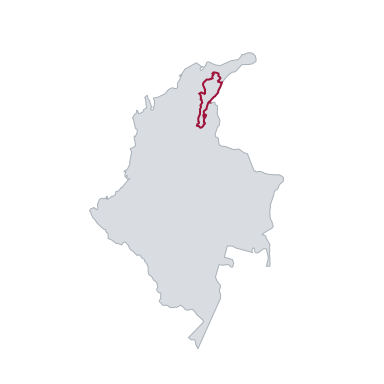 location of Cesar within Colombia, rotated 15°
{"feature_id": "COL-1414", "entity_name": "Cesar", "entity_type": "Department", "adm_level": 1, "iso_a3": "COL", "parent_name": "Colombia", "parent_adm1": "", "projection": "natural_earth1", "projection_center": [-73.578, 9.272], "detail": "medium", "context": "in_parent", "style": "outline", "palette": "rose", "viewbox_px": 384, "rotation_deg": 15, "n_neighbors": 0, "source": "natural_earth", "source_scale": "10m", "svg_char_len": 5480}
<svg xmlns="http://www.w3.org/2000/svg" viewBox="0 0 384 384"><g transform="rotate(15 192 192)"><path d="M217.1,52.6L213.7,54.2L207.2,56.1L202.8,64.6L199.7,66.0L196.0,71.0L193.2,77.2L191.1,89.9L185.5,100.5L186.0,101.0L188.2,100.5L190.3,99.4L191.1,99.7L191.8,101.6L194.3,102.1L196.4,110.7L200.2,115.1L200.6,116.8L201.1,120.4L199.8,122.6L199.4,130.5L200.6,132.5L203.5,133.3L205.4,138.2L206.6,139.4L208.4,140.1L212.6,139.4L220.2,140.2L222.0,140.1L226.2,138.3L231.7,140.5L235.7,140.8L246.6,155.7L247.6,155.3L249.0,156.1L251.8,154.6L254.1,154.4L257.3,155.1L261.4,155.1L269.6,153.6L270.8,152.7L275.3,153.6L276.7,154.7L277.4,157.5L276.8,159.2L275.3,160.9L274.4,163.1L274.2,165.8L273.4,167.8L272.0,169.1L271.4,171.0L271.7,173.5L271.0,184.7L271.6,185.7L272.1,190.3L274.0,196.3L274.9,198.0L276.5,199.4L279.4,204.3L278.8,206.0L271.3,213.7L271.0,215.5L272.4,214.8L274.7,215.5L275.5,217.3L281.0,222.7L281.0,224.8L282.5,228.8L282.3,229.7L286.1,241.3L286.2,243.7L283.0,244.4L282.9,236.6L282.5,235.1L278.8,228.2L278.1,227.6L275.7,228.4L271.7,233.5L269.8,234.2L268.3,233.5L266.8,230.5L265.8,230.0L264.8,232.5L266.1,234.8L248.3,234.7L244.9,233.8L240.1,235.0L240.1,246.6L248.5,246.8L250.8,250.1L250.6,252.8L250.9,253.8L248.9,254.4L246.0,252.5L240.8,254.7L236.9,255.2L236.7,268.1L239.0,271.3L243.5,274.8L244.1,277.1L243.8,279.3L244.9,282.1L246.3,283.6L246.3,285.2L247.1,287.1L238.3,341.7L235.1,338.3L234.0,335.3L232.5,334.1L229.5,335.0L226.3,333.5L236.6,315.0L236.3,313.3L227.7,308.8L226.8,307.7L222.7,305.2L220.5,305.9L219.2,307.1L216.1,307.5L213.6,305.6L210.6,304.3L207.0,307.4L205.9,307.4L203.4,308.7L200.6,309.2L197.0,307.8L194.2,308.8L192.1,308.6L191.4,307.6L188.8,306.5L188.6,305.3L189.3,303.0L188.2,298.5L187.8,297.7L185.8,297.7L183.5,296.0L183.1,295.0L183.6,293.2L183.1,291.7L180.9,288.0L177.8,287.1L174.9,284.1L171.9,283.1L170.5,280.9L169.2,276.1L166.2,272.3L164.0,271.0L163.3,269.2L161.1,269.0L158.1,266.5L156.7,266.4L155.8,267.5L153.0,266.3L150.6,264.5L148.2,264.0L146.6,262.9L143.6,259.4L140.5,257.7L138.7,258.4L138.1,260.9L137.0,261.4L133.4,260.7L132.8,261.3L131.8,261.2L127.4,259.3L123.0,258.6L121.9,254.2L119.1,252.6L118.3,250.6L116.3,250.8L108.8,246.9L105.7,244.1L103.1,242.6L100.3,239.5L99.9,238.3L97.8,236.5L98.8,234.2L101.4,232.4L104.7,233.8L105.1,231.1L103.9,228.7L104.5,223.3L105.4,222.1L107.2,221.1L108.4,221.5L109.1,220.6L111.8,221.0L112.6,220.6L114.7,218.4L115.6,216.7L116.6,216.9L118.8,214.0L118.4,211.1L120.5,210.4L122.7,205.6L123.7,205.5L124.2,203.3L128.0,195.4L126.6,196.3L125.1,195.7L125.4,193.1L124.9,192.8L123.7,194.8L122.6,192.7L122.9,189.4L121.1,190.0L121.2,189.2L123.7,186.7L124.8,180.9L124.0,178.8L123.5,170.1L123.0,168.4L121.0,166.2L124.2,163.7L125.4,161.9L123.9,158.0L122.0,154.7L121.9,152.8L123.1,153.0L123.6,147.6L122.5,145.5L121.1,145.5L116.9,137.5L115.4,135.8L116.5,132.0L117.8,130.3L117.5,127.4L118.4,127.5L120.2,130.2L121.0,129.8L123.9,127.3L124.0,124.9L126.3,122.5L123.0,114.3L121.9,113.0L123.3,110.4L124.0,110.6L125.3,113.1L127.3,114.8L130.3,119.4L131.6,120.4L130.7,121.4L130.5,122.5L130.9,123.1L132.6,123.2L133.3,122.0L132.9,116.4L132.2,113.7L130.6,111.7L131.1,110.9L134.2,109.5L140.5,104.2L142.7,99.3L144.4,97.5L146.3,96.3L148.6,96.6L150.4,95.9L151.0,94.4L149.8,90.9L151.2,86.2L151.1,83.8L152.0,82.4L151.7,81.8L149.4,83.5L151.8,80.2L153.4,75.1L162.7,66.1L168.7,68.3L170.7,68.1L168.2,69.3L167.8,70.6L168.7,71.9L169.6,72.3L170.3,71.4L172.4,66.2L172.7,63.3L173.6,62.3L174.8,62.0L180.7,63.2L186.3,62.8L195.5,55.3L202.4,52.1L204.0,49.0L204.5,46.7L205.7,45.8L207.0,45.8L207.8,44.5L211.0,42.6L214.4,42.3L217.9,44.1L219.6,47.2L219.9,49.3L217.1,52.6ZM111.9,220.0L111.5,220.4L110.7,219.7L110.4,218.8L110.9,218.1L111.5,218.4L111.9,220.0Z" fill="#d9dde1" stroke="#a8b0b8" stroke-width="1"/><path d="M192.5,78.4L192.2,82.9L191.4,86.1L191.2,87.8L191.5,89.0L191.4,89.4L190.1,92.1L189.5,93.6L188.4,94.6L188.1,95.4L186.9,97.5L186.2,99.4L185.3,100.2L185.2,100.5L185.2,100.9L185.6,101.1L184.8,101.3L184.5,101.9L184.5,102.6L184.3,106.5L184.6,108.0L183.8,108.8L183.8,109.3L182.9,110.3L182.5,111.1L182.7,111.9L183.6,113.7L183.4,114.5L183.0,114.9L183.1,115.2L183.5,115.2L184.0,115.6L184.0,116.0L184.9,115.3L184.6,114.0L184.7,113.8L185.4,113.9L185.7,114.1L185.7,114.9L185.5,116.0L184.8,118.3L184.9,119.7L185.1,119.9L185.3,120.5L185.4,121.5L185.6,121.7L186.3,121.8L186.7,122.3L186.7,123.0L186.4,123.5L185.8,123.9L185.7,125.4L185.1,126.5L184.5,127.2L183.7,127.7L183.2,127.7L181.9,126.7L181.3,126.6L181.5,126.8L179.6,126.7L179.6,126.1L179.8,125.8L179.7,125.0L180.7,123.9L180.8,123.3L180.7,122.8L179.9,122.2L179.9,121.9L179.3,120.6L178.9,118.2L179.3,117.3L179.3,116.6L179.5,116.1L179.3,115.6L179.5,115.0L179.4,113.7L179.0,112.6L178.8,111.4L178.4,110.4L178.4,109.3L178.7,108.2L178.7,107.3L177.7,106.1L178.2,104.6L178.8,103.0L178.0,101.9L177.6,100.7L176.7,100.6L176.4,100.4L176.3,100.1L176.5,99.7L176.4,98.7L175.8,97.9L175.7,96.9L174.5,95.6L173.6,95.1L174.8,93.7L175.3,93.4L176.3,93.5L176.8,93.8L177.7,93.8L178.4,93.3L178.6,93.3L178.8,93.7L179.1,93.3L178.6,91.6L178.2,90.7L178.3,90.4L178.2,89.8L177.4,89.0L176.5,87.6L175.8,87.0L174.7,85.1L174.7,84.6L175.0,83.0L176.4,80.8L176.7,80.0L177.2,79.5L179.3,79.0L179.9,78.6L180.3,78.4L180.5,78.1L181.1,78.0L181.3,77.4L182.4,76.9L182.0,76.2L181.9,75.0L181.7,74.4L182.5,72.9L182.5,72.7L182.1,72.3L181.2,72.2L181.8,70.9L184.2,70.5L186.8,70.7L187.3,71.5L187.2,72.6L187.3,72.9L189.3,73.9L190.0,74.7L189.3,76.6L189.1,76.7L188.4,77.9L188.9,78.2L189.0,78.8L190.0,78.6L191.0,78.9L192.5,78.4Z" fill="none" stroke="#9f1239" stroke-width="2"/></g></svg>